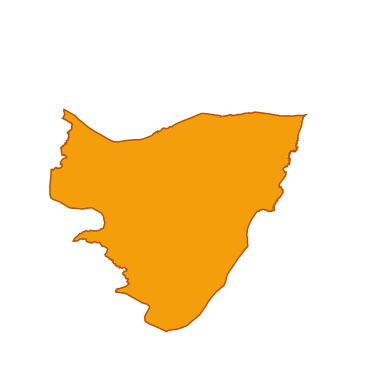 outline of Kut Khaopun, Ubon Ratchathani, Thailand, rotated 69°
{"feature_id": "78962969B96705611164937", "entity_name": "Kut Khaopun", "entity_type": "district", "adm_level": 2, "iso_a3": "THA", "parent_name": "Thailand", "parent_adm1": "Ubon Ratchathani", "projection": "equal_earth", "projection_center": [105.02, 15.832], "detail": "fine", "context": "isolated", "style": "filled", "palette": "amber", "viewbox_px": 384, "rotation_deg": 69, "n_neighbors": 0, "source": "geoboundaries", "source_scale": "gbopen_adm2", "svg_char_len": 6005}
<svg xmlns="http://www.w3.org/2000/svg" viewBox="0 0 384 384"><g transform="rotate(69 192 192)"><path d="M160.7,58.2L160.2,61.8L158.6,65.1L157.0,71.5L155.9,73.8L152.7,82.3L150.9,84.6L150.5,85.9L146.9,91.6L140.2,104.0L139.7,106.1L139.7,108.1L139.3,109.2L138.4,110.4L138.7,110.8L137.3,114.5L137.4,115.2L137.1,118.7L136.8,119.1L136.8,120.2L136.3,120.5L136.4,120.8L136.2,121.9L135.7,122.5L135.9,123.5L135.7,124.2L135.8,124.8L135.3,125.6L135.4,126.2L135.0,127.1L134.4,127.1L134.1,128.0L133.4,128.5L133.4,129.2L133.7,129.8L133.2,131.2L133.4,131.8L133.2,132.9L132.9,133.0L133.0,134.5L132.6,135.0L132.6,135.6L132.0,137.1L132.0,138.3L131.1,138.1L129.4,140.6L129.6,141.0L129.1,141.3L129.1,141.9L127.4,144.5L123.1,152.4L122.0,155.2L122.4,165.8L122.4,176.5L122.7,182.3L122.9,184.1L123.9,188.1L123.0,189.5L123.8,191.1L123.8,192.7L123.2,194.2L122.6,194.6L122.1,196.6L122.6,196.8L122.5,197.5L123.4,198.9L123.6,199.6L123.4,201.1L123.7,201.5L123.6,202.0L123.8,202.6L122.8,202.6L123.1,203.3L122.9,203.8L123.3,204.1L123.2,204.8L123.6,205.6L123.5,205.9L123.9,206.3L123.7,206.9L124.0,207.8L125.0,208.9L124.9,218.8L124.4,222.1L122.5,227.4L120.1,236.1L118.7,243.1L117.3,246.7L113.8,250.3L99.3,262.1L94.2,265.7L86.5,270.0L83.0,272.3L79.2,273.5L69.0,281.9L70.4,282.6L73.9,283.0L75.9,285.0L76.7,286.0L76.7,286.5L77.4,286.0L77.5,285.5L78.7,284.9L79.1,284.0L80.0,283.8L80.9,282.7L82.2,282.3L82.9,281.2L83.7,280.8L84.2,280.0L84.6,280.1L85.8,279.5L86.1,280.0L87.2,280.3L87.4,280.7L88.3,280.9L88.4,281.3L90.0,281.7L90.7,282.6L90.6,284.0L91.2,285.1L91.7,284.9L91.4,286.6L91.9,287.1L92.4,287.2L93.4,286.1L94.8,286.9L95.7,287.0L96.3,287.5L96.9,287.3L97.3,288.4L97.7,288.7L98.8,288.7L98.9,289.3L99.3,289.7L99.0,290.4L99.3,291.1L100.8,291.3L100.8,292.1L101.3,292.1L101.0,292.3L101.4,292.6L101.1,293.1L101.7,293.0L102.3,293.9L102.4,295.8L102.7,295.9L102.9,295.4L103.2,295.6L103.2,297.5L103.7,297.9L103.5,298.1L103.6,298.6L105.9,298.8L107.9,299.6L109.6,299.6L111.2,300.1L111.1,298.8L111.6,297.7L112.1,298.1L113.2,296.9L114.5,296.3L115.1,296.7L115.0,298.0L114.7,298.8L114.8,300.4L115.7,302.2L117.0,303.7L117.1,304.3L119.2,304.9L119.3,303.8L119.8,303.4L120.3,303.8L121.1,303.8L121.9,304.7L122.4,306.8L121.9,308.1L121.8,309.5L121.6,309.8L120.6,309.6L120.3,310.1L120.7,311.6L121.7,312.9L121.9,313.4L121.7,313.9L121.0,313.8L120.5,315.4L127.6,318.5L136.4,323.1L136.9,322.9L143.3,325.5L146.8,325.8L148.7,324.8L153.8,319.0L161.9,312.8L163.4,311.2L166.7,304.1L168.7,300.5L169.6,295.4L170.8,291.3L177.6,285.4L179.4,284.3L181.9,283.5L183.8,283.5L186.3,284.1L189.1,284.3L190.7,285.2L194.2,287.8L193.7,289.8L194.5,291.7L194.0,295.7L191.4,300.6L191.8,302.8L190.2,304.7L190.2,305.3L190.4,306.0L190.1,307.5L190.9,309.8L190.8,311.7L191.0,312.5L192.7,316.0L192.9,317.7L193.7,318.9L194.5,319.4L195.1,320.5L195.6,320.0L195.9,318.7L196.3,317.9L196.5,315.5L195.7,313.7L195.9,312.4L197.2,310.6L197.2,309.6L197.8,308.0L198.6,307.7L200.0,308.3L202.1,306.5L202.6,304.8L203.7,304.3L203.5,302.4L203.7,300.4L205.6,298.4L206.1,296.3L210.3,295.4L211.5,293.4L214.5,291.1L215.5,291.4L217.7,293.3L219.1,295.7L221.2,295.5L221.4,295.0L223.6,293.2L225.0,293.2L225.4,291.9L227.0,291.7L227.1,290.6L227.5,290.1L228.9,291.0L229.3,291.0L231.1,290.4L231.4,289.5L232.8,289.9L233.7,288.7L234.8,288.7L234.9,287.6L235.3,286.8L235.7,286.6L236.7,287.1L236.8,285.6L237.6,285.3L238.1,284.6L237.9,283.9L238.1,282.1L238.4,281.8L239.3,281.8L240.9,280.4L241.1,281.1L242.2,281.2L241.9,282.3L242.0,283.4L241.7,284.0L242.5,284.3L242.6,285.4L243.3,285.9L244.7,285.8L244.8,285.4L247.3,284.4L248.0,284.9L249.0,284.6L249.4,284.3L249.9,282.9L250.6,283.5L250.9,283.1L251.7,283.8L252.3,284.8L253.5,284.3L254.4,284.3L254.4,283.7L255.2,283.9L255.5,284.6L256.0,286.6L256.4,287.3L256.2,294.2L256.0,295.4L255.5,296.4L256.4,298.3L258.1,299.0L262.9,290.3L277.9,277.9L280.4,274.5L282.0,273.3L283.3,272.8L284.8,273.1L289.4,278.8L291.9,281.1L295.7,282.1L297.9,280.8L300.2,278.6L307.5,271.1L313.1,266.0L312.9,262.9L313.1,261.4L314.4,256.7L314.9,252.5L315.0,245.9L314.6,243.6L312.2,237.3L311.0,233.1L309.4,229.0L303.4,220.0L300.3,216.2L297.7,212.1L293.9,205.2L293.1,202.6L290.3,195.2L287.7,192.7L283.4,190.0L281.4,188.2L270.5,172.8L268.4,169.0L265.1,164.1L262.6,159.2L258.1,158.1L256.7,157.3L251.6,156.2L246.1,153.2L242.7,150.3L238.4,145.5L234.6,140.0L233.2,137.7L234.0,136.3L233.6,135.1L233.0,134.3L233.7,133.4L233.6,131.7L234.0,131.1L235.2,130.2L235.3,129.1L235.5,128.7L237.6,127.8L237.8,125.5L238.5,125.0L238.2,123.4L238.7,122.7L238.6,121.7L237.8,121.3L237.4,121.5L237.3,122.0L236.9,121.6L236.5,121.8L236.3,121.4L235.9,122.0L235.4,121.7L235.3,120.6L234.3,120.9L234.1,120.5L233.7,120.4L233.9,119.6L233.3,119.3L232.8,118.3L232.4,118.3L231.2,116.8L231.3,116.4L230.7,116.4L230.8,115.5L230.5,115.2L230.3,115.7L229.7,115.6L228.3,111.5L225.1,107.1L223.6,106.7L223.3,107.0L222.9,107.0L222.6,106.6L222.4,107.0L220.8,106.9L219.9,107.5L219.4,107.1L219.2,107.5L219.0,108.5L218.4,108.1L217.5,108.6L215.5,107.1L210.6,99.2L209.1,98.0L207.1,97.0L207.0,97.4L207.2,97.9L206.9,98.2L205.3,98.4L204.4,99.0L202.6,98.4L202.5,97.5L201.9,96.0L202.3,95.7L202.1,95.0L202.3,94.3L201.7,94.6L201.7,93.7L200.8,92.4L201.1,91.2L200.7,90.9L200.4,91.1L200.1,90.7L199.8,91.2L199.6,90.8L199.2,90.8L198.4,89.5L198.0,89.4L197.7,89.5L197.4,90.0L196.9,88.9L196.1,89.7L195.4,89.3L195.2,89.7L195.0,89.2L195.1,88.8L194.7,89.1L194.0,88.6L193.8,88.8L192.6,88.6L192.4,88.0L191.5,87.8L191.6,87.3L191.3,87.3L191.3,86.4L191.0,86.6L190.5,86.3L190.6,86.8L190.9,87.1L190.5,87.2L189.7,85.4L189.2,85.4L189.1,84.3L189.9,84.4L189.8,83.7L190.3,83.4L189.7,83.0L189.8,82.7L190.1,82.6L190.0,81.8L190.7,82.2L191.3,81.6L191.3,81.2L190.6,80.7L190.8,80.2L190.7,79.8L189.5,79.2L189.6,78.6L189.3,78.5L189.2,78.8L188.9,78.6L188.7,78.9L188.1,78.4L188.2,77.8L187.9,78.0L187.7,77.6L187.3,78.4L187.1,78.3L186.9,78.6L185.6,78.2L185.6,77.5L185.0,77.4L184.8,76.9L184.4,77.4L183.8,77.0L183.8,76.4L182.4,76.1L182.0,74.7L181.5,75.3L180.0,73.6L179.2,73.8L175.9,71.9L171.1,67.4L168.1,65.2L166.1,64.4L163.4,62.1L162.2,61.6L160.7,58.2Z" fill="#f59e0b" stroke="#b45309" stroke-width="1.5"/></g></svg>